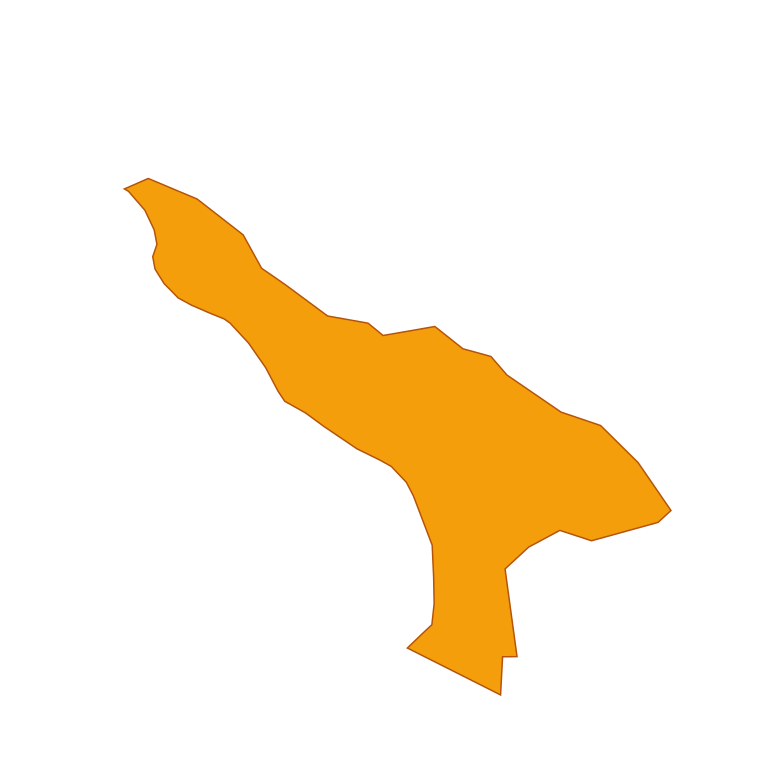 outline of Muzrabad, Surkhandarya, Uzbekistan, rotated 51°
{"feature_id": "79887680B13108405395902", "entity_name": "Muzrabad", "entity_type": "district", "adm_level": 2, "iso_a3": "UZB", "parent_name": "Uzbekistan", "parent_adm1": "Surkhandarya", "projection": "natural_earth1", "projection_center": [66.881, 37.423], "detail": "fine", "context": "isolated", "style": "filled", "palette": "amber", "viewbox_px": 768, "rotation_deg": 51, "n_neighbors": 0, "source": "geoboundaries", "source_scale": "gbopen_adm2", "svg_char_len": 838}
<svg xmlns="http://www.w3.org/2000/svg" viewBox="0 0 768 768"><g transform="rotate(51 384 384)"><path d="M679.6,452.2L603.9,406.3L601.8,374.2L608.4,339.5L636.4,321.4L664.0,258.1L662.9,240.6L605.0,236.0L552.6,241.8L517.3,264.1L454.5,282.8L429.9,283.6L406.3,300.5L371.3,308.3L345.7,354.2L326.7,358.1L295.7,385.0L244.7,398.2L217.0,406.3L179.5,399.6L122.7,412.8L75.9,437.9L69.0,463.0L73.5,461.3L98.6,460.5L119.6,465.6L132.6,472.6L139.5,483.6L141.2,484.5L150.5,489.6L167.5,491.7L187.6,489.8L201.6,484.0L218.7,475.1L232.8,467.3L239.8,465.3L266.9,463.5L296.9,465.7L323.0,470.9L335.0,472.0L357.1,463.2L379.2,457.4L417.4,445.8L440.5,435.1L452.6,430.2L474.6,428.5L489.6,431.6L539.6,448.0L565.5,467.1L586.3,483.3L601.2,498.3L602.1,511.3L603.9,532.0L699.0,489.1L670.6,463.5L679.6,452.2Z" fill="#f59e0b" stroke="#b45309" stroke-width="1.5"/></g></svg>